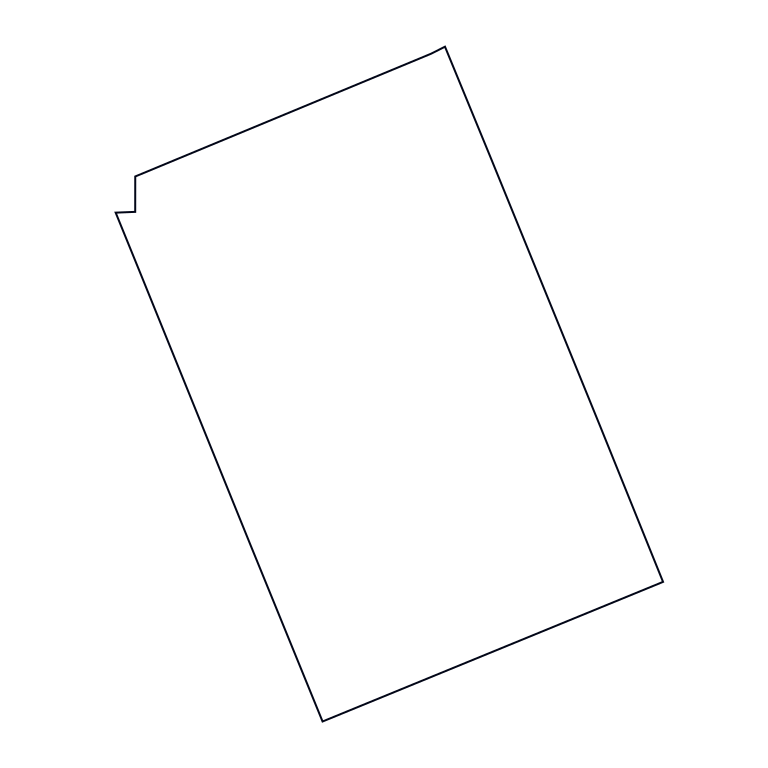 Hutchinson, South Dakota, United States of America, rotated 68°
{"feature_id": "52423323B28340480700764", "entity_name": "Hutchinson", "entity_type": "district", "adm_level": 2, "iso_a3": "USA", "parent_name": "United States of America", "parent_adm1": "South Dakota", "projection": "mercator", "projection_center": [-97.883, 43.334], "detail": "fine", "context": "isolated", "style": "outline", "palette": "ink", "viewbox_px": 768, "rotation_deg": 68, "n_neighbors": 0, "source": "geoboundaries", "source_scale": "gbopen_adm2", "svg_char_len": 305}
<svg xmlns="http://www.w3.org/2000/svg" viewBox="0 0 768 768"><g transform="rotate(68 384 384)"><path d="M94.1,201.1L95.4,216.6L98.4,536.9L131.2,550.2L124.6,568.6L194.4,568.4L480.8,568.1L673.9,567.4L672.0,199.4L505.5,199.4L215.8,200.3L94.1,201.1Z" fill="none" stroke="#020617" stroke-width="2"/></g></svg>